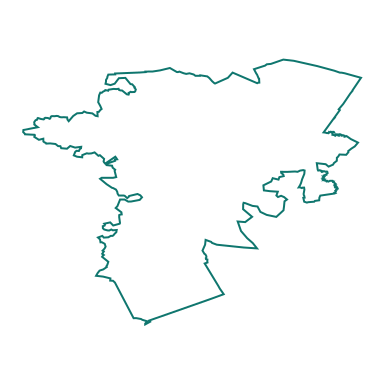 outline of Annenieku pag., Dobele, Latvia
{"feature_id": "27541924B50154726334308", "entity_name": "Annenieku pag.", "entity_type": "district", "adm_level": 2, "iso_a3": "LVA", "parent_name": "Latvia", "parent_adm1": "Dobele", "projection": "equal_earth", "projection_center": [23.093, 56.636], "detail": "fine", "context": "isolated", "style": "outline", "palette": "teal", "viewbox_px": 384, "rotation_deg": 0, "n_neighbors": 0, "source": "geoboundaries", "source_scale": "gbopen_adm2", "svg_char_len": 5913}
<svg xmlns="http://www.w3.org/2000/svg" viewBox="0 0 384 384"><path d="M149.3,320.5L212.0,298.5L223.7,294.2L219.8,288.6L218.3,285.9L204.7,263.5L207.5,262.5L207.3,261.4L207.4,259.5L206.0,259.1L205.8,258.1L206.3,257.5L206.4,256.3L205.4,254.4L204.4,253.8L202.5,250.6L205.1,244.7L205.6,239.9L211.2,241.9L212.0,242.9L216.8,244.7L243.7,247.5L257.0,248.4L252.8,243.1L247.2,238.2L241.0,231.0L237.7,221.5L245.2,222.1L252.1,216.8L243.1,209.2L243.2,204.2L243.6,202.8L245.4,203.2L252.5,205.9L257.5,206.5L260.4,211.9L266.7,214.9L276.3,216.9L283.5,210.3L284.0,206.6L284.5,201.3L287.0,199.5L284.1,197.1L281.1,195.8L278.0,197.0L276.4,195.5L277.8,191.7L270.1,191.2L263.9,190.4L263.4,185.3L271.2,181.5L272.7,178.2L278.5,179.6L279.4,177.1L283.7,176.1L283.3,174.6L281.2,172.9L281.1,171.8L286.8,171.9L295.0,171.5L297.6,171.8L300.1,170.6L303.2,170.1L304.6,170.5L304.3,173.9L302.1,179.3L301.0,183.1L300.0,185.3L298.7,187.4L299.9,187.3L301.9,188.1L302.7,187.6L304.1,187.6L304.4,189.6L303.6,194.0L303.9,195.4L304.2,195.7L304.6,197.6L303.3,197.8L304.2,201.7L306.9,202.6L308.2,202.2L314.2,201.7L314.9,200.9L319.2,200.3L319.4,197.6L320.3,195.6L334.6,193.5L334.7,193.1L335.3,193.0L334.9,192.6L335.3,192.5L335.3,192.1L335.9,191.6L335.4,190.7L335.8,190.5L335.9,190.0L336.7,189.8L336.7,189.2L337.7,188.7L337.3,188.1L337.3,187.7L336.3,187.4L335.9,187.7L335.1,187.5L335.0,187.3L336.1,186.5L334.7,185.7L335.7,185.0L334.8,184.5L335.5,183.8L334.5,182.9L333.4,182.2L333.6,181.8L332.9,181.9L332.7,181.4L333.0,181.1L332.7,180.8L329.9,180.8L328.4,181.6L327.6,181.3L326.5,181.5L326.0,180.9L326.2,180.7L324.6,180.5L324.6,179.9L323.8,180.0L324.4,179.4L323.0,179.2L323.2,178.7L322.8,178.7L323.0,178.3L323.7,178.4L323.8,178.1L323.7,177.9L323.0,177.8L323.8,177.2L323.3,176.6L324.3,176.7L324.7,176.3L324.4,175.9L324.7,175.6L324.0,175.8L323.9,175.4L325.8,174.7L326.4,174.8L326.5,174.0L327.6,173.2L327.4,172.0L326.9,171.5L325.6,171.8L324.7,171.3L323.1,171.2L322.9,171.2L322.6,171.8L321.7,171.9L321.4,171.5L322.0,171.2L321.8,170.9L319.6,170.2L319.1,170.5L318.1,170.5L317.7,169.6L316.8,163.2L325.7,164.2L328.6,166.6L333.1,164.6L333.9,163.1L336.8,160.8L336.9,157.7L338.1,156.7L339.5,154.5L346.2,154.8L348.4,152.2L348.2,151.1L351.4,148.6L354.8,146.4L358.0,142.6L350.9,139.1L346.9,136.3L346.1,136.0L345.8,136.4L344.5,136.7L344.4,135.9L343.7,135.3L343.2,135.4L341.8,135.0L341.6,135.3L342.2,135.6L341.4,135.7L340.8,134.6L340.0,134.7L339.8,134.2L338.7,134.4L338.8,135.7L338.2,135.6L337.0,134.3L335.5,134.4L335.5,134.9L335.9,135.3L335.2,135.8L334.6,135.2L332.4,134.8L332.5,134.1L332.1,133.0L332.6,132.6L334.1,132.4L333.8,131.9L333.0,131.8L332.5,132.3L331.9,132.3L331.1,132.1L331.1,131.8L330.7,131.7L329.6,132.5L329.0,132.0L328.3,133.2L327.6,133.0L327.0,133.1L325.3,132.6L323.6,132.4L333.9,118.3L334.2,118.4L334.7,117.7L334.4,117.6L339.8,110.1L338.7,109.3L343.2,104.0L350.3,93.5L352.5,90.8L352.4,90.6L352.6,90.2L361.0,77.8L344.8,73.3L341.8,72.7L339.8,72.6L334.3,70.7L317.3,66.1L293.8,60.8L283.3,59.6L270.9,63.9L266.8,64.3L265.1,65.6L254.0,69.2L256.3,73.6L257.0,74.5L258.8,78.8L259.1,78.8L259.3,82.6L258.1,82.7L257.2,83.2L232.6,72.6L227.9,77.8L215.1,83.5L214.6,83.4L212.2,81.3L209.4,78.1L207.3,76.4L200.2,75.3L200.1,75.8L195.4,75.8L193.7,74.5L189.5,73.3L186.2,73.9L183.5,73.2L179.4,71.6L177.9,72.1L176.8,72.0L169.9,68.0L160.0,70.4L152.7,71.5L145.5,71.6L145.6,72.1L139.7,72.5L115.1,73.5L115.2,74.4L108.3,74.6L107.4,76.7L107.3,77.8L106.0,80.0L106.0,81.7L105.5,83.8L110.5,85.1L114.7,83.7L118.9,78.2L125.4,77.9L130.5,84.1L132.2,84.3L134.8,87.2L134.4,87.7L135.8,89.4L135.2,91.4L134.4,92.0L131.3,92.1L130.7,91.8L128.7,92.9L129.0,93.5L128.6,94.6L126.8,94.3L122.1,90.5L120.3,90.4L119.0,89.9L118.6,88.8L116.4,89.1L113.6,88.9L108.6,89.7L108.2,90.7L105.3,90.1L105.0,90.7L103.1,91.6L101.7,92.8L100.3,92.6L99.1,95.3L98.2,102.2L100.2,105.8L101.6,109.0L100.3,110.0L98.8,111.9L97.4,112.0L97.6,116.2L95.5,115.8L92.4,113.4L86.8,112.7L84.1,111.5L82.3,113.0L77.1,113.3L73.2,116.0L68.7,121.2L67.5,119.6L67.1,117.4L63.8,117.2L61.1,117.3L59.4,116.9L58.4,116.2L56.8,115.9L54.5,116.2L51.9,116.1L50.9,116.6L50.2,118.5L49.6,118.8L47.9,118.0L45.2,117.8L44.4,118.3L44.3,118.9L43.7,119.4L41.0,119.0L37.9,118.0L37.5,118.3L37.1,119.7L35.6,120.2L34.4,121.8L34.2,122.6L34.6,124.3L34.4,124.6L37.8,127.2L23.4,130.0L23.2,132.1L24.9,133.8L25.0,134.3L34.6,134.8L34.9,135.2L34.3,136.9L38.9,139.8L43.3,138.7L43.4,141.5L44.5,142.4L45.7,142.8L46.2,143.6L50.1,143.4L55.5,144.0L58.1,146.1L60.4,146.2L61.2,148.2L67.0,148.7L70.2,146.0L75.1,147.6L81.2,146.8L81.0,148.3L79.8,149.1L78.9,151.0L76.5,150.8L75.2,151.9L73.8,155.4L77.0,156.7L82.2,157.3L82.3,155.1L86.8,153.3L88.6,153.6L91.4,153.4L94.6,152.4L98.4,155.8L99.9,155.2L104.1,158.9L103.6,161.5L104.1,162.4L105.2,163.6L115.3,156.7L116.2,157.9L117.1,159.3L114.9,159.6L115.1,160.8L106.0,164.0L106.5,165.1L112.1,165.7L112.6,167.6L115.2,169.8L114.6,170.8L116.2,177.1L113.1,177.8L101.7,177.8L100.1,178.8L106.6,184.2L112.0,187.8L113.2,188.1L116.0,189.6L117.2,191.7L117.6,193.7L118.8,195.5L123.5,195.5L124.7,195.8L127.2,198.1L128.8,196.8L129.1,196.0L137.5,194.0L140.3,195.3L142.0,197.3L139.7,199.9L131.2,201.5L128.2,201.6L124.6,199.5L120.1,199.5L117.4,206.2L115.7,208.0L121.4,212.3L121.7,214.4L120.6,214.5L119.2,215.1L119.2,217.2L120.0,223.0L119.7,223.7L113.2,225.5L110.2,222.4L104.3,223.7L105.0,224.5L104.6,225.6L102.8,226.2L102.9,228.3L104.2,229.5L107.5,230.4L109.2,230.5L111.3,229.5L112.8,230.3L116.7,230.0L116.3,232.2L114.6,233.8L113.6,235.1L112.6,235.9L110.7,235.9L108.3,237.3L103.8,237.6L102.3,235.9L98.0,237.5L100.0,239.4L100.5,242.3L101.8,242.2L104.7,243.8L105.6,246.6L104.6,248.5L102.6,250.7L103.8,251.5L102.2,253.8L103.8,255.0L102.7,255.9L102.1,256.8L108.3,261.8L107.3,264.9L106.4,266.3L106.8,267.0L103.3,269.4L99.6,270.6L97.7,273.0L96.1,275.8L103.1,276.6L110.4,278.4L110.2,280.6L113.0,280.8L114.9,282.5L133.6,318.2L136.1,318.1L141.0,319.0L142.3,319.8L147.2,321.3L145.2,323.6L145.2,324.4L150.2,321.7L149.3,320.5Z" fill="none" stroke="#0f766e" stroke-width="2"/></svg>